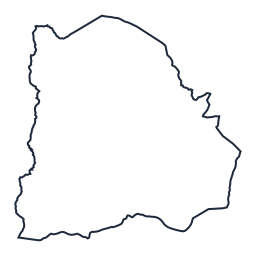 outline of Baringo North, Rift Valley, Kenya
{"feature_id": "3690345B96976797039875", "entity_name": "Baringo North", "entity_type": "district", "adm_level": 2, "iso_a3": "KEN", "parent_name": "Kenya", "parent_adm1": "Rift Valley", "projection": "mercator", "projection_center": [35.764, 0.769], "detail": "fine", "context": "isolated", "style": "outline", "palette": "slate", "viewbox_px": 256, "rotation_deg": 0, "n_neighbors": 0, "source": "geoboundaries", "source_scale": "gbopen_adm2", "svg_char_len": 5600}
<svg xmlns="http://www.w3.org/2000/svg" viewBox="0 0 256 256"><path d="M139.9,214.5L141.0,214.7L142.7,214.7L144.2,215.6L145.9,216.2L147.2,216.5L149.2,216.3L150.9,216.7L152.2,216.8L154.0,216.8L155.3,217.1L156.1,217.3L156.8,217.5L157.6,217.8L158.3,218.2L159.2,218.7L159.5,218.9L160.7,219.8L161.9,221.1L162.8,222.2L163.9,223.8L165.4,225.4L167.6,227.0L170.4,228.2L172.7,228.9L176.0,229.9L178.9,230.6L180.9,231.0L183.3,231.3L185.0,230.8L186.5,229.7L188.9,227.4L190.8,224.6L191.7,222.6L192.3,220.6L192.8,218.4L208.5,209.1L222.5,208.3L226.9,207.4L227.5,205.8L228.3,204.5L228.7,202.9L228.3,200.9L228.1,198.9L228.4,197.5L228.7,195.9L229.3,194.4L229.0,193.1L229.0,192.1L229.7,190.9L229.8,189.3L229.6,188.0L229.8,186.6L230.2,184.5L230.3,182.7L230.4,181.2L230.8,179.6L231.3,178.2L231.8,176.6L232.3,175.0L232.8,173.6L232.8,172.5L233.7,170.8L234.3,169.5L235.1,167.9L235.6,166.3L235.7,165.0L236.0,162.9L235.7,161.4L236.5,159.6L237.6,157.9L238.7,157.0L239.4,155.5L240.0,153.0L240.6,151.4L233.1,143.8L222.7,135.9L216.8,128.1L216.3,127.0L217.7,126.0L218.2,124.4L218.2,122.9L218.4,121.4L218.6,119.4L219.1,117.6L219.2,116.3L217.7,116.4L216.2,116.2L214.5,116.3L212.9,116.9L211.1,117.1L209.0,117.3L207.0,117.5L205.0,116.8L202.9,116.4L203.4,114.7L204.9,112.9L206.1,111.6L207.1,110.2L208.1,108.2L208.7,106.6L209.4,104.8L208.5,103.1L207.5,101.4L207.0,99.9L208.0,98.5L208.7,97.0L209.5,95.6L210.3,94.2L210.3,93.7L209.1,93.6L208.0,93.1L206.7,93.2L206.1,93.7L205.5,94.5L204.0,95.2L202.1,96.2L200.9,96.7L199.6,97.1L198.3,97.3L197.5,98.7L196.0,100.0L194.2,99.6L193.0,98.5L192.6,97.0L191.6,95.5L191.8,94.1L192.3,92.7L191.6,91.4L192.3,90.1L190.6,89.3L188.5,89.7L187.9,88.5L186.2,87.8L184.0,87.3L183.1,86.6L182.7,85.4L181.2,85.3L181.3,84.1L181.0,82.9L181.2,81.6L181.2,81.1L180.9,80.6L180.3,79.5L179.3,78.5L178.7,77.0L178.5,76.5L178.2,74.6L178.9,72.9L178.8,71.3L177.9,70.3L177.4,69.3L176.5,68.5L175.6,67.2L174.5,66.4L173.2,65.8L172.6,65.5L172.2,65.3L172.1,64.2L172.5,63.0L172.3,61.5L171.4,59.4L170.1,57.6L168.6,56.2L167.3,55.0L165.5,45.8L164.5,44.8L163.3,43.8L162.8,43.4L162.0,42.8L136.6,26.4L133.5,25.0L130.8,23.6L127.6,22.3L125.7,21.8L124.1,21.2L121.8,19.9L119.1,18.5L117.4,18.0L115.5,17.9L113.7,17.6L112.6,17.3L110.9,17.1L109.6,16.9L108.9,16.8L108.2,16.7L106.9,16.6L105.5,16.4L103.7,16.1L101.9,15.7L76.4,30.9L71.3,33.8L69.8,34.7L68.7,35.9L67.9,36.4L67.4,36.7L66.3,37.1L65.0,37.9L63.6,38.6L62.1,38.3L61.5,38.3L60.9,38.5L59.7,38.3L58.8,37.8L58.1,36.7L56.7,36.2L55.8,34.5L55.2,33.2L54.0,32.5L53.6,31.1L52.7,29.9L52.2,28.3L50.3,27.9L49.4,26.6L48.0,26.5L47.4,25.3L45.3,26.2L43.3,26.4L41.6,26.1L40.0,26.2L38.1,26.4L37.0,25.9L36.5,26.0L35.5,26.4L36.1,27.5L35.8,29.3L34.8,30.4L33.9,31.5L32.8,33.1L33.4,35.1L33.5,36.6L33.6,38.0L33.6,38.5L33.6,39.7L33.7,40.5L34.6,41.9L34.8,43.5L35.6,44.7L34.8,46.3L35.4,48.0L36.1,49.5L35.9,51.0L35.5,51.3L34.9,52.0L34.8,53.5L33.8,54.8L32.5,55.5L31.1,55.2L30.7,56.5L31.1,58.2L31.0,59.6L31.4,60.5L31.3,61.8L30.9,63.1L31.2,64.4L30.3,65.5L29.0,66.6L29.2,67.9L29.3,68.5L29.6,69.0L30.3,70.0L30.8,71.0L30.8,71.5L30.7,72.4L30.5,72.8L30.1,73.2L29.7,74.5L29.5,76.1L29.5,77.4L29.8,78.8L29.7,80.2L29.9,81.0L30.2,82.1L30.5,83.3L31.4,84.1L32.6,85.0L34.2,86.1L35.9,86.7L35.8,88.4L37.3,89.5L38.3,90.4L39.3,91.2L38.2,92.4L37.5,93.5L37.2,95.1L37.4,97.1L36.4,98.0L37.9,99.0L39.2,100.5L39.0,102.2L38.5,103.5L37.2,104.3L36.2,105.6L35.3,106.9L34.9,108.8L35.1,111.2L35.7,112.7L35.1,114.3L35.4,115.4L36.4,116.4L36.4,117.7L35.0,119.0L35.1,119.7L35.2,121.3L34.9,123.1L34.3,124.5L33.5,125.5L33.3,127.0L32.5,128.1L32.0,129.9L31.7,131.2L31.6,132.6L31.2,133.4L30.7,134.9L30.6,136.2L30.7,137.0L30.7,137.5L30.6,138.8L30.4,139.9L29.8,140.7L28.7,141.9L27.8,143.0L28.0,144.9L29.3,145.9L29.1,147.6L29.4,147.9L30.0,148.2L31.1,148.6L32.0,149.7L30.9,150.2L31.5,150.7L32.0,151.3L32.6,151.8L33.0,152.3L33.4,153.4L32.8,154.7L34.0,156.0L34.3,157.4L34.6,159.1L34.5,160.7L34.6,162.0L35.2,162.7L34.4,164.0L33.4,165.5L33.7,167.4L32.5,168.1L31.6,168.6L32.1,169.7L30.5,169.6L29.5,170.5L29.7,172.2L30.4,173.9L28.9,174.2L27.2,174.9L25.4,174.6L24.6,175.7L23.3,176.6L21.8,177.5L20.4,177.2L19.8,178.2L19.4,178.7L19.6,179.5L19.7,179.9L19.6,181.2L20.3,183.0L20.3,184.4L20.2,185.6L21.2,186.5L21.5,188.2L21.3,190.2L21.8,191.6L21.1,192.8L20.6,194.5L19.0,195.8L18.1,196.9L17.2,198.6L17.4,199.9L16.7,200.9L15.9,202.0L15.4,203.7L15.4,205.1L16.0,206.4L15.6,207.5L15.6,208.9L15.9,209.5L16.1,210.1L16.2,210.8L16.2,211.4L16.0,211.8L16.4,213.1L17.6,214.3L19.1,215.6L20.2,216.6L21.3,217.2L21.8,217.4L22.6,218.1L23.2,218.8L23.7,219.4L23.3,221.0L23.5,221.8L23.9,222.9L24.1,224.5L24.2,225.0L24.2,225.6L23.9,227.5L22.9,229.3L22.6,230.7L21.4,232.0L20.7,233.1L20.4,233.5L20.1,234.0L19.6,235.2L19.4,235.6L19.0,236.8L18.5,237.5L38.7,240.3L41.1,240.0L42.2,239.2L43.3,238.3L45.4,237.8L46.9,237.0L47.9,236.0L49.3,234.9L50.9,233.7L52.7,234.2L53.8,234.3L54.5,234.2L55.2,234.0L55.8,233.9L57.2,233.6L59.3,232.7L60.5,232.3L62.5,231.9L64.2,232.2L65.8,232.9L67.9,234.0L69.5,234.5L71.2,234.8L72.7,234.7L74.4,234.4L76.2,234.0L77.3,233.7L78.5,234.3L80.3,235.0L81.5,236.0L83.1,236.8L84.7,237.0L86.4,237.4L87.6,238.4L89.0,237.8L89.2,237.2L89.3,236.8L89.5,235.9L89.6,234.8L90.1,233.0L91.7,231.9L94.2,231.9L95.6,231.7L96.4,231.6L97.4,231.4L97.8,231.3L99.1,231.0L100.6,230.3L101.2,230.0L102.2,229.6L103.4,229.3L104.3,229.0L106.3,228.5L107.6,228.2L109.1,227.8L111.3,226.9L112.7,227.2L115.0,226.6L118.2,225.4L119.9,224.6L121.7,223.6L122.7,221.5L123.6,219.3L126.1,218.6L126.6,217.5L127.2,215.9L128.0,215.3L128.8,215.6L130.0,216.0L131.3,217.0L132.5,217.2L133.5,216.4L134.4,215.5L135.6,214.6L136.1,214.4L137.0,214.0L138.6,213.9L139.2,214.2L139.9,214.5Z" fill="none" stroke="#1e293b" stroke-width="2"/></svg>